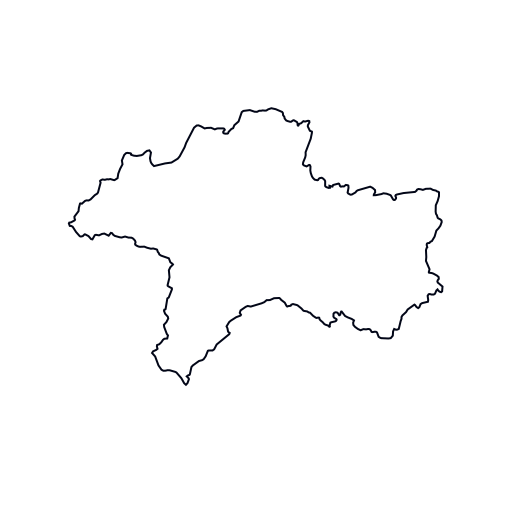 map outline of Sachsen-Anhalt (orthographic projection), rotated 110°
{"feature_id": "DEU-1600", "entity_name": "Sachsen-Anhalt", "entity_type": "State", "adm_level": 1, "iso_a3": "DEU", "parent_name": "Germany", "parent_adm1": "", "projection": "orthographic", "projection_center": [11.644, 51.989], "detail": "fine", "context": "isolated", "style": "outline", "palette": "ink", "viewbox_px": 512, "rotation_deg": 110, "n_neighbors": 0, "source": "natural_earth", "source_scale": "10m", "svg_char_len": 6102}
<svg xmlns="http://www.w3.org/2000/svg" viewBox="0 0 512 512"><g transform="rotate(110 256 256)"><path d="M125.7,318.6L124.0,317.5L121.0,311.7L120.9,306.7L120.2,304.4L118.4,302.6L117.7,300.8L116.9,299.5L116.3,297.2L115.7,296.0L114.0,294.7L111.9,292.1L111.3,287.7L111.7,280.7L112.5,279.6L114.4,278.7L115.5,277.0L117.0,276.1L118.3,274.0L118.4,272.6L118.2,269.9L117.9,269.0L115.7,267.4L115.5,266.7L116.1,263.4L117.0,262.4L118.7,261.7L119.1,261.0L118.7,260.7L117.3,260.8L115.8,259.0L113.1,257.6L112.9,255.9L111.1,253.3L111.0,252.1L112.1,251.5L115.3,252.0L116.6,251.6L119.9,248.2L120.0,246.0L121.0,245.6L127.1,244.7L141.5,244.9L144.3,243.8L146.5,243.5L151.8,243.7L153.7,243.3L154.3,242.5L154.5,241.7L154.5,239.1L152.3,237.3L152.1,236.7L152.3,236.3L153.3,235.4L157.1,234.2L159.3,232.9L162.0,230.7L163.1,229.3L164.2,227.0L163.8,224.2L163.4,223.7L161.9,223.4L160.9,222.6L160.0,221.0L160.2,219.7L161.1,217.6L162.0,216.6L166.5,215.0L167.0,214.3L167.2,213.3L167.2,211.0L166.5,209.7L166.0,209.7L165.4,210.8L164.9,211.0L164.6,207.9L162.9,207.8L159.7,203.2L159.8,202.5L161.6,200.8L161.8,199.9L161.0,198.6L160.6,197.2L158.5,195.9L158.1,193.9L158.3,193.3L160.2,192.4L165.1,191.6L165.7,190.8L166.1,188.3L165.5,187.0L162.3,184.3L160.5,183.7L159.4,182.8L151.8,172.4L152.1,169.8L153.3,166.7L155.4,165.8L157.8,166.3L158.6,166.1L157.8,164.1L154.9,159.3L153.5,157.7L152.8,154.6L152.8,150.9L153.0,150.0L155.9,146.6L156.2,145.8L156.1,145.2L155.8,144.7L154.1,144.1L153.1,144.4L151.9,145.6L150.9,145.5L150.0,144.6L146.4,138.9L141.4,128.5L139.7,127.5L138.6,127.4L137.5,126.3L137.0,124.2L136.8,121.8L134.8,119.4L133.0,115.0L133.4,112.3L133.0,109.4L133.4,107.9L133.3,106.4L133.6,105.8L137.2,104.5L142.2,104.1L146.8,104.4L152.8,102.4L154.8,101.3L155.9,99.9L157.9,98.4L158.3,97.7L158.5,95.5L159.0,94.2L159.4,93.7L160.6,93.1L164.5,93.1L167.7,94.0L170.4,95.2L176.7,94.8L181.8,95.8L183.0,97.0L184.4,97.5L185.4,99.3L186.0,99.6L187.2,99.4L189.3,98.0L190.1,98.4L192.3,98.3L198.8,95.6L202.5,94.6L209.1,88.4L212.1,88.1L212.5,87.7L211.9,84.9L211.9,83.3L212.5,79.3L213.3,77.2L215.0,76.4L216.4,76.9L217.8,76.9L218.8,76.1L220.9,70.3L225.6,69.0L226.7,69.7L226.7,71.4L226.1,73.0L225.3,74.0L226.7,74.7L230.2,74.9L231.4,75.8L232.2,78.0L232.3,79.7L232.9,80.7L234.7,81.1L238.5,79.1L240.2,78.8L243.4,83.7L244.9,84.9L248.2,85.0L249.5,85.8L249.0,87.8L247.7,89.7L247.5,90.5L254.4,95.2L257.4,95.8L261.8,98.1L263.6,98.4L265.2,97.8L267.8,97.8L275.7,96.9L276.8,98.0L277.4,99.2L277.3,101.2L280.0,101.4L284.1,100.2L287.1,101.3L288.2,103.3L290.3,110.0L290.4,111.2L290.0,113.1L286.5,116.1L286.3,116.6L286.2,117.3L286.5,118.5L287.6,120.3L287.8,121.4L286.4,123.0L285.9,124.2L286.2,125.6L287.3,127.5L288.0,130.1L290.0,132.3L289.7,135.4L288.7,138.8L287.5,140.9L285.5,141.9L283.0,141.9L282.4,144.6L282.3,148.8L281.9,151.8L278.9,156.5L279.0,156.9L279.7,157.1L282.3,156.8L283.1,157.2L283.2,157.6L281.6,159.7L281.4,160.2L281.6,161.8L282.5,163.0L283.8,163.4L286.5,162.5L287.3,161.4L287.8,158.9L288.4,158.4L289.6,158.6L290.4,159.3L292.6,162.7L293.2,163.3L295.8,163.1L297.0,162.5L297.4,162.9L296.7,164.6L296.8,167.2L296.6,168.5L295.4,170.7L294.4,173.4L293.8,174.5L292.4,175.5L292.6,176.5L293.5,177.9L293.5,178.7L292.7,181.9L290.8,185.8L291.0,187.1L290.6,189.0L291.2,192.2L291.1,192.9L289.8,195.3L288.2,199.9L288.1,200.8L288.5,204.8L289.7,206.2L290.7,206.3L291.1,206.7L291.9,208.3L292.8,209.4L292.4,210.3L290.0,213.0L288.6,217.4L287.8,218.7L287.5,219.8L289.5,224.6L292.7,227.9L293.8,230.9L296.5,232.4L298.5,234.5L305.3,243.6L305.8,246.7L307.3,248.3L312.4,251.9L315.0,251.8L316.4,250.0L317.3,250.2L320.2,253.6L325.3,257.5L327.2,258.6L332.2,259.6L333.7,258.1L336.4,256.5L336.9,255.9L337.3,254.4L338.6,254.4L352.6,262.7L358.0,263.4L359.6,264.5L361.1,268.4L361.6,268.8L367.5,269.0L370.9,269.9L372.3,271.0L374.2,273.7L380.4,277.9L382.4,278.7L389.6,277.7L390.4,277.8L391.4,279.0L392.8,279.9L394.0,277.4L394.7,276.9L398.9,276.9L401.0,277.8L400.1,280.0L396.4,284.3L392.7,290.9L392.5,292.1L392.9,298.1L393.6,300.1L394.7,301.8L395.5,303.8L395.2,305.9L392.2,310.2L384.9,316.4L382.7,320.5L380.8,320.1L378.4,317.7L376.9,316.8L374.9,318.2L373.5,318.5L372.0,316.7L369.5,315.5L366.5,314.7L365.1,313.8L363.9,311.2L360.7,311.6L359.8,313.1L354.1,318.0L352.1,319.0L348.8,317.6L344.8,317.1L343.2,318.1L341.3,321.7L339.0,323.7L337.8,323.8L337.3,323.0L336.8,322.8L326.2,324.8L324.8,323.8L316.1,323.6L315.1,324.0L314.5,328.0L314.2,328.8L313.7,329.1L305.6,330.0L299.2,333.0L295.9,332.7L292.4,331.1L291.9,331.8L291.2,334.3L288.0,337.1L288.1,345.3L287.6,347.4L286.6,348.2L285.7,349.7L283.9,351.1L283.8,351.7L284.1,355.2L285.1,357.2L285.5,361.3L285.4,364.1L287.1,368.3L287.3,369.7L287.1,371.9L286.6,373.4L285.8,373.8L284.2,373.9L282.9,375.0L281.9,376.9L281.5,378.0L281.4,379.4L282.3,382.1L282.5,385.7L284.6,388.6L285.0,390.4L285.4,395.5L284.9,397.4L283.8,399.0L283.9,400.3L287.3,401.4L286.8,406.2L287.9,408.2L290.3,410.6L290.8,413.5L291.1,414.1L291.6,414.6L296.3,415.4L296.5,416.8L294.6,420.2L294.1,423.9L294.3,424.5L296.6,425.6L297.6,427.2L297.7,427.9L297.6,428.5L295.0,433.3L291.2,438.3L291.0,439.8L291.4,441.3L289.4,443.0L288.5,442.9L287.7,441.4L284.8,438.8L284.2,438.5L283.7,438.5L282.7,439.4L281.1,440.1L274.6,438.1L271.4,438.9L266.9,439.3L266.6,439.0L266.4,437.5L262.7,435.5L261.7,434.3L261.1,432.3L259.4,430.8L254.0,428.3L251.6,426.5L250.3,426.2L240.3,427.1L238.9,428.2L238.1,427.9L236.6,426.5L236.1,424.1L234.8,422.2L234.5,420.9L233.5,419.2L233.3,415.7L233.1,414.9L230.2,412.7L225.7,413.6L220.6,413.5L215.5,412.8L212.1,414.7L206.1,414.4L203.8,413.3L203.1,412.2L202.4,408.9L202.7,408.3L203.5,408.1L203.6,407.7L203.5,405.1L202.8,402.3L200.5,398.2L199.3,397.0L197.0,396.0L194.5,394.4L193.2,392.3L194.7,390.1L200.3,389.1L203.1,387.5L204.4,386.3L205.4,384.8L206.4,382.6L200.1,373.1L197.1,367.4L191.3,362.8L188.5,361.8L178.3,360.3L173.6,360.3L156.6,358.1L153.7,356.4L152.9,354.7L153.0,351.9L153.7,347.9L152.5,346.0L150.9,342.1L151.1,338.0L149.5,336.2L148.9,334.9L147.3,330.4L147.3,329.4L148.1,328.5L150.3,329.3L151.3,329.0L151.7,328.4L151.6,326.8L150.7,324.6L150.2,324.2L148.7,324.2L145.1,322.6L143.7,321.2L140.5,321.1L135.6,318.4L125.7,318.6Z" fill="none" stroke="#020617" stroke-width="2"/></g></svg>